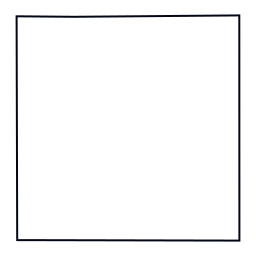 outline of Borden, Texas, United States of America
{"feature_id": "52423323B58948144984010", "entity_name": "Borden", "entity_type": "district", "adm_level": 2, "iso_a3": "USA", "parent_name": "United States of America", "parent_adm1": "Texas", "projection": "albers", "projection_center": [-101.45, 32.744], "detail": "fine", "context": "isolated", "style": "outline", "palette": "ink", "viewbox_px": 256, "rotation_deg": 0, "n_neighbors": 0, "source": "geoboundaries", "source_scale": "gbopen_adm2", "svg_char_len": 203}
<svg xmlns="http://www.w3.org/2000/svg" viewBox="0 0 256 256"><path d="M16.6,16.3L17.2,240.1L239.4,240.6L239.4,238.8L239.3,15.4L74.2,16.8L16.6,16.3Z" fill="none" stroke="#020617" stroke-width="2"/></svg>